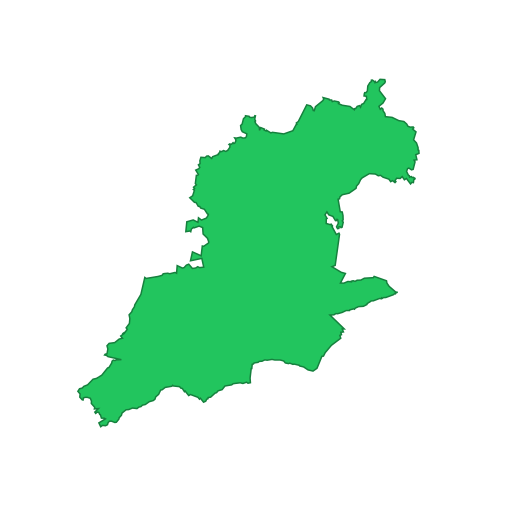 Atlixco, Puebla, Mexico (Albers equal-area conic projection), rotated 282°
{"feature_id": "50627088B38738357481800", "entity_name": "Atlixco", "entity_type": "district", "adm_level": 2, "iso_a3": "MEX", "parent_name": "Mexico", "parent_adm1": "Puebla", "projection": "albers", "projection_center": [-98.439, 18.901], "detail": "fine", "context": "isolated", "style": "filled", "palette": "green", "viewbox_px": 512, "rotation_deg": 282, "n_neighbors": 0, "source": "geoboundaries", "source_scale": "gbopen_adm2", "svg_char_len": 6118}
<svg xmlns="http://www.w3.org/2000/svg" viewBox="0 0 512 512"><g transform="rotate(282 256 256)"><path d="M172.1,342.8L175.9,343.8L184.3,348.3L193.2,356.0L195.8,354.5L196.8,356.0L199.0,354.8L199.9,357.3L202.5,355.5L203.0,357.5L213.6,340.6L214.7,344.5L216.3,346.1L216.5,347.8L218.7,352.0L221.4,355.5L222.1,358.8L222.8,358.9L224.6,362.5L224.4,363.4L225.6,363.9L227.8,366.8L229.1,371.5L231.6,374.6L232.5,374.6L236.1,378.2L236.5,380.0L240.1,385.6L240.3,387.6L241.1,387.6L240.8,388.3L241.8,389.3L242.4,391.6L246.8,398.6L248.4,399.7L248.1,400.3L249.1,400.6L250.0,402.1L249.8,400.1L254.0,392.5L256.7,389.7L258.9,388.8L260.6,375.8L259.2,375.3L256.8,366.6L254.2,363.5L253.3,359.9L251.8,358.2L252.0,356.2L251.2,354.5L250.6,354.7L250.2,351.2L247.7,347.6L247.1,344.2L257.5,347.1L257.8,342.6L261.3,332.5L263.3,335.4L294.5,333.2L295.6,332.4L293.7,330.1L300.6,324.2L301.3,324.6L302.8,322.8L302.1,322.2L302.4,317.9L307.0,317.0L307.5,317.7L310.6,314.9L313.9,316.2L311.4,318.6L310.7,323.0L307.1,326.4L307.3,327.2L308.7,327.5L308.6,328.3L305.2,329.7L301.3,328.7L299.7,330.1L300.2,331.3L301.8,331.1L302.1,332.4L301.4,333.3L302.0,334.2L307.2,334.3L308.3,333.1L309.4,333.7L313.6,332.7L317.0,331.2L316.8,329.2L328.6,324.5L329.3,325.8L331.3,325.8L333.9,327.7L336.8,334.0L343.0,339.8L345.4,339.8L348.1,341.4L352.4,342.4L354.5,343.6L360.1,349.7L361.0,355.8L359.9,358.9L360.8,361.1L359.5,363.9L358.8,370.0L356.7,372.3L358.1,373.8L356.7,376.7L357.8,377.4L358.6,376.3L361.3,377.4L361.8,380.9L364.1,382.5L361.4,385.3L363.1,387.0L358.6,392.2L360.4,393.1L360.5,394.7L363.8,394.5L364.1,395.3L365.0,395.4L365.7,393.4L365.2,392.4L366.0,391.4L365.1,389.8L366.4,389.3L366.7,388.3L370.0,385.7L373.0,386.1L373.8,387.2L372.6,390.2L373.4,391.7L381.1,392.0L382.6,390.7L383.6,393.4L388.3,391.2L390.3,394.1L393.2,393.3L393.4,392.5L395.7,392.0L399.9,389.5L402.4,386.0L410.7,386.7L412.7,382.8L414.2,383.7L414.9,382.9L414.1,380.0L414.5,377.6L416.4,376.0L418.3,372.7L418.1,367.5L419.9,360.3L419.2,353.6L422.2,352.4L424.6,350.0L426.0,349.7L426.9,348.2L425.3,347.1L428.0,345.1L432.0,348.4L436.8,350.0L443.3,342.4L446.4,341.9L452.1,346.0L453.4,346.2L455.3,345.3L454.6,340.6L451.4,338.8L450.3,336.4L451.6,336.3L451.2,335.5L452.3,333.3L452.0,332.3L450.6,332.5L449.2,331.3L445.5,330.0L440.6,330.6L438.8,329.8L438.4,328.4L437.2,328.2L435.0,328.4L435.2,330.8L432.1,331.8L431.8,331.1L427.6,329.6L426.2,327.7L423.3,327.3L424.6,326.0L423.4,323.9L420.9,322.8L420.6,321.7L419.5,321.7L421.8,316.8L421.4,309.0L422.2,305.0L423.3,305.5L423.9,304.8L423.9,300.3L422.9,298.5L424.3,297.6L423.9,295.3L424.6,294.9L424.9,288.7L423.6,289.6L421.9,289.1L414.4,283.1L410.2,282.8L410.2,281.7L412.4,280.7L414.2,278.1L414.4,274.2L396.3,269.4L394.5,267.8L393.4,268.6L393.0,268.0L386.2,266.0L381.2,257.8L380.4,246.4L379.5,244.9L381.2,240.1L380.4,239.9L381.0,237.7L381.9,237.8L382.6,233.9L379.6,233.3L382.5,232.5L385.4,228.3L387.2,227.0L388.0,227.5L389.5,226.3L393.0,226.3L393.0,225.7L391.5,225.5L390.5,222.8L390.4,220.8L391.2,220.2L391.0,216.6L390.1,216.8L387.7,215.2L382.2,215.0L380.4,213.8L376.5,215.2L374.7,216.8L373.6,221.6L370.9,221.8L369.4,221.1L368.6,218.7L369.1,216.4L367.2,212.2L367.1,210.6L365.4,212.2L363.9,212.3L361.9,211.7L361.4,210.9L362.1,210.0L360.2,208.8L360.1,206.8L359.4,206.4L359.2,207.5L356.8,207.8L353.6,206.4L354.1,207.0L352.0,204.8L352.4,202.3L351.0,200.8L351.0,198.9L349.9,199.1L348.3,197.9L347.5,198.2L344.1,192.9L342.2,192.4L344.0,188.5L343.4,186.9L341.7,185.9L341.1,181.6L337.6,181.3L334.7,182.1L333.2,180.7L331.0,182.6L329.4,181.8L327.5,179.2L323.8,182.7L322.8,182.2L322.5,180.9L314.2,181.6L313.2,182.9L310.3,180.6L309.2,181.9L308.0,180.9L307.4,182.1L301.7,181.5L299.2,179.1L295.7,184.6L295.8,186.3L292.6,189.2L292.7,190.7L291.4,191.9L291.0,195.8L287.0,199.8L286.9,200.7L285.8,200.7L282.8,199.6L279.8,195.2L281.4,191.8L276.9,192.2L278.2,187.1L275.1,181.2L265.2,182.3L266.7,186.1L266.2,187.1L268.9,187.2L271.0,188.8L270.6,189.5L273.4,194.1L272.7,197.9L266.5,199.7L263.2,204.9L259.8,206.9L258.8,206.8L254.6,202.8L254.6,201.4L244.8,202.3L246.8,193.0L237.7,192.9L242.4,203.5L234.2,207.2L232.9,203.2L233.4,201.2L231.7,199.5L230.6,196.4L234.0,191.9L232.6,189.8L229.7,188.1L228.9,186.6L230.2,180.9L222.6,181.9L223.1,180.3L220.7,175.3L220.8,173.3L219.8,170.1L219.3,168.9L217.5,168.1L215.6,164.4L211.2,153.2L211.9,151.7L194.5,151.4L183.1,147.6L180.9,147.6L177.8,146.3L175.6,146.1L172.1,144.1L168.6,145.6L163.7,146.2L158.7,143.9L157.6,145.3L153.3,143.4L153.7,143.0L152.5,141.9L152.1,142.5L149.6,140.3L147.8,142.5L146.3,139.4L141.9,135.8L140.0,130.5L137.2,128.9L134.3,130.4L129.4,130.6L128.6,128.9L127.7,128.5L127.7,130.4L126.8,132.1L126.6,145.9L125.4,140.9L124.4,139.8L124.5,138.1L123.2,137.1L121.3,137.1L116.5,135.4L115.6,134.1L107.3,129.9L103.1,125.4L101.6,122.2L95.0,118.1L92.7,114.7L90.7,113.5L89.5,111.0L86.6,109.9L84.5,112.6L81.3,113.0L79.2,115.9L79.2,116.8L81.3,116.7L82.2,118.2L82.7,120.3L82.4,123.5L79.9,125.2L77.5,125.6L74.5,129.7L72.8,129.7L74.0,133.6L69.8,130.8L68.7,131.9L70.3,133.2L70.3,134.8L68.5,136.1L68.4,136.8L65.3,138.5L65.8,141.4L65.4,142.6L60.1,137.0L56.7,139.6L58.4,141.1L58.7,144.1L60.1,145.8L62.4,146.0L63.9,147.0L64.4,148.9L63.8,152.6L64.4,154.0L68.0,155.8L69.4,155.8L72.2,157.5L74.5,157.6L78.6,160.9L79.3,163.4L81.6,166.8L82.0,171.3L83.9,172.9L84.8,174.8L86.5,175.9L87.7,178.6L91.3,181.9L93.2,185.5L94.8,186.9L97.4,187.2L100.4,189.5L105.0,190.6L105.7,192.1L108.6,194.5L111.1,200.8L112.2,201.4L111.7,202.3L112.3,208.4L111.1,210.0L111.1,211.5L108.4,214.2L109.2,214.7L105.5,219.2L106.9,220.7L105.7,228.6L104.2,230.5L105.3,231.2L102.1,235.1L103.5,237.0L105.6,237.5L106.4,238.7L107.6,238.6L108.5,241.0L113.4,244.5L114.1,245.8L116.3,247.0L118.2,250.6L122.4,252.7L124.9,259.0L126.3,260.2L127.0,262.0L128.7,266.9L128.6,269.7L130.6,273.0L129.9,274.6L130.9,276.9L135.3,275.6L145.0,274.7L145.1,275.3L149.3,274.8L149.9,276.0L151.0,276.4L152.4,280.1L153.6,281.1L154.3,283.7L156.2,286.2L156.4,288.6L158.2,293.2L158.2,296.1L159.3,301.2L159.1,304.9L157.5,306.9L157.5,310.2L158.2,311.3L157.7,314.7L158.2,315.8L158.1,320.9L157.5,321.6L157.4,325.6L155.4,330.6L155.3,335.7L158.8,339.0L171.6,341.3L172.1,342.8Z" fill="#22c55e" stroke="#15803d" stroke-width="1.5"/></g></svg>